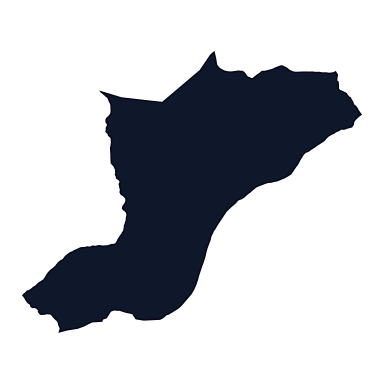 Karim Lamido, Taraba, Nigeria
{"feature_id": "59680162B13157392837231", "entity_name": "Karim Lamido", "entity_type": "district", "adm_level": 2, "iso_a3": "NGA", "parent_name": "Nigeria", "parent_adm1": "Taraba", "projection": "robinson", "projection_center": [10.84, 9.149], "detail": "fine", "context": "isolated", "style": "filled", "palette": "ink", "viewbox_px": 384, "rotation_deg": 0, "n_neighbors": 0, "source": "geoboundaries", "source_scale": "gbopen_adm2", "svg_char_len": 4447}
<svg xmlns="http://www.w3.org/2000/svg" viewBox="0 0 384 384"><path d="M238.2,199.9L239.1,199.3L241.3,198.7L243.9,197.0L245.7,195.3L248.3,193.1L250.0,192.0L251.8,190.3L254.4,188.1L256.6,186.5L262.8,184.1L264.5,183.4L265.9,182.9L268.2,182.2L270.9,182.1L273.5,181.4L277.1,180.7L279.8,179.6L282.8,178.3L284.2,177.8L288.2,175.5L290.8,173.8L293.4,170.0L295.5,166.8L297.2,164.7L298.9,161.5L301.4,157.2L302.9,154.9L303.1,154.5L305.3,152.3L308.4,151.1L310.6,149.4L312.4,148.3L315.0,146.6L316.3,145.5L318.1,144.4L322.5,141.6L324.2,140.4L325.3,139.1L325.9,138.3L327.2,137.0L328.1,136.1L331.8,134.0L334.0,133.0L335.6,131.7L337.4,131.0L339.2,130.3L340.8,128.9L343.9,129.1L347.5,127.9L351.7,126.8L353.2,124.5L353.5,121.9L354.8,120.0L357.1,117.5L358.5,116.4L359.4,115.6L361.0,114.5L359.7,112.7L358.6,111.2L358.2,110.7L357.2,108.6L355.8,106.6L353.4,104.7L352.7,102.4L352.4,101.6L351.4,100.1L350.0,97.6L348.6,97.1L346.2,93.6L343.2,92.0L339.3,90.3L338.3,88.7L338.3,86.2L338.0,82.0L336.5,80.9L336.8,77.5L337.3,74.9L335.5,71.9L335.0,72.3L333.0,73.0L329.2,73.5L326.0,73.0L322.8,73.1L320.8,72.8L319.3,72.5L315.4,72.6L313.6,72.3L311.3,72.2L309.0,72.3L306.7,72.2L304.2,72.2L303.5,72.2L300.9,72.3L299.5,72.4L298.5,72.4L295.5,72.5L294.6,72.3L293.2,72.2L289.4,70.5L286.6,68.2L282.3,66.1L282.1,66.0L280.9,66.1L277.7,67.2L274.6,68.5L272.8,69.4L270.2,70.2L267.3,70.9L264.9,71.5L264.7,71.5L262.0,71.6L260.3,73.1L258.1,74.6L257.5,75.0L256.9,75.5L256.0,76.1L255.1,76.8L254.9,77.0L252.3,79.2L247.1,76.9L244.2,72.8L242.3,71.4L240.9,71.5L238.6,71.2L234.8,71.7L231.5,72.2L229.4,72.1L227.6,72.0L224.3,71.2L220.2,69.1L218.1,67.2L216.9,65.5L216.4,64.5L216.2,63.4L215.7,59.9L215.5,59.0L215.4,58.1L214.0,52.2L210.7,55.1L200.3,70.5L163.5,101.7L162.4,102.6L148.6,101.1L121.3,98.0L117.7,96.9L101.0,91.8L101.2,92.1L102.4,92.9L103.0,93.4L105.1,95.1L106.1,96.2L107.7,97.2L108.8,99.5L109.4,101.2L109.9,102.3L110.5,102.9L111.1,105.2L111.3,111.5L110.9,113.9L108.5,116.9L107.0,118.1L106.1,119.8L106.2,122.2L107.2,123.3L107.8,125.0L106.4,128.0L106.4,129.2L106.5,130.3L106.0,131.5L108.2,133.7L108.7,135.4L108.9,135.6L109.8,136.5L110.8,137.0L111.4,138.8L111.5,141.1L111.6,142.8L111.2,145.1L111.2,146.3L110.7,147.5L110.8,149.8L110.9,151.5L111.0,153.3L111.1,155.0L111.1,157.3L111.3,161.3L111.4,163.1L113.5,165.3L114.6,167.0L115.7,169.8L115.8,171.5L115.9,173.9L115.5,174.4L116.5,176.5L116.6,178.0L119.4,180.0L120.4,182.0L119.3,184.1L119.8,185.7L119.7,186.4L119.9,187.1L120.6,189.8L120.2,192.2L121.3,194.4L123.4,195.5L124.4,196.6L125.5,197.7L126.0,198.8L126.1,201.1L125.2,203.5L123.3,205.9L122.8,207.1L122.6,208.6L123.8,209.9L125.2,210.8L126.6,212.3L127.2,214.9L126.4,218.5L126.5,220.1L125.7,222.2L125.3,223.8L124.5,225.9L124.5,227.5L123.8,231.1L122.6,232.6L121.7,234.4L120.4,236.0L119.1,238.1L118.3,239.2L117.4,241.3L115.7,244.0L113.5,244.6L111.3,244.7L109.9,245.3L108.8,245.6L108.3,245.8L107.7,246.0L105.0,246.1L101.8,246.3L100.5,245.8L98.2,245.9L95.1,246.6L92.8,246.2L90.7,247.0L89.7,247.4L87.4,247.0L84.7,247.7L82.0,247.8L80.7,247.9L77.1,249.6L76.2,250.0L75.8,250.2L74.4,250.8L73.4,251.4L72.7,251.9L72.2,252.1L70.9,252.5L69.1,253.6L65.6,256.4L63.9,258.6L63.1,259.7L60.9,260.8L58.7,262.5L57.4,264.1L56.5,265.2L55.7,266.3L53.9,267.9L52.6,269.0L50.9,270.2L48.3,272.9L46.6,275.6L45.3,277.7L44.0,279.8L43.9,279.9L38.7,283.2L37.0,284.9L35.3,286.5L33.9,287.1L31.3,289.3L28.7,291.0L27.3,291.1L26.0,292.7L23.8,294.4L23.0,295.5L23.9,296.4L24.9,297.9L26.4,300.5L27.8,302.5L29.2,303.4L30.6,304.4L31.1,306.5L32.5,307.4L34.8,307.3L36.2,307.8L38.5,309.7L38.6,311.8L39.6,313.3L40.9,314.3L43.2,314.1L45.0,314.0L46.3,313.5L50.4,313.8L51.8,314.7L53.3,316.7L54.7,318.2L55.6,319.2L57.5,320.7L58.5,322.7L59.0,325.3L60.5,328.3L59.5,331.8L66.7,329.9L67.5,329.7L77.5,328.1L83.8,325.8L87.6,323.8L92.2,321.7L101.8,321.1L102.6,318.9L106.2,317.7L110.5,311.0L114.1,309.7L117.2,310.1L119.5,310.0L122.2,310.9L123.9,311.4L126.4,312.2L128.6,312.6L132.7,313.5L136.1,318.7L138.8,319.1L143.8,319.9L147.9,319.7L151.9,319.5L160.0,319.1L163.1,317.4L166.2,314.6L168.4,314.0L171.1,312.4L172.7,311.4L175.9,309.4L177.7,308.3L180.3,306.1L183.3,302.8L184.2,301.7L186.2,299.4L191.1,293.6L193.6,289.3L195.7,284.5L197.3,279.8L198.4,275.6L200.0,270.8L201.2,267.1L202.9,262.4L204.5,257.6L205.6,252.9L206.8,248.2L208.8,242.9L210.0,239.7L210.8,236.0L212.5,232.8L213.3,230.7L214.6,229.1L215.5,227.5L216.2,226.4L217.1,224.8L226.0,211.4L228.2,209.2L231.2,206.4L235.6,202.6L237.3,200.4L238.2,199.9Z" fill="#0f172a" stroke="#020617" stroke-width="1.5"/></svg>